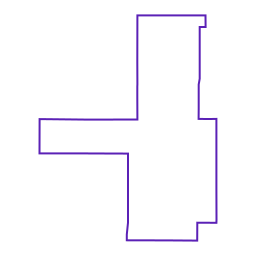 outline of Tulsa, Oklahoma, United States of America
{"feature_id": "52423323B7804302532987", "entity_name": "Tulsa", "entity_type": "district", "adm_level": 2, "iso_a3": "USA", "parent_name": "United States of America", "parent_adm1": "Oklahoma", "projection": "robinson", "projection_center": [-95.925, 36.14], "detail": "fine", "context": "isolated", "style": "outline", "palette": "violet", "viewbox_px": 256, "rotation_deg": 0, "n_neighbors": 0, "source": "geoboundaries", "source_scale": "gbopen_adm2", "svg_char_len": 788}
<svg xmlns="http://www.w3.org/2000/svg" viewBox="0 0 256 256"><path d="M197.2,240.6L197.3,222.7L216.4,222.8L216.5,219.5L216.4,188.1L216.4,186.1L216.4,176.6L216.4,170.8L216.4,165.0L216.4,147.6L216.4,142.0L216.4,136.3L216.4,130.5L216.4,118.9L210.5,119.0L205.6,119.0L198.6,118.9L198.7,109.0L198.7,94.4L198.7,84.5L199.7,78.7L199.7,55.7L199.7,44.2L199.7,27.0L205.6,27.0L205.5,15.4L199.5,15.4L175.9,15.4L164.0,15.4L137.4,15.4L137.3,61.5L137.4,84.3L137.3,86.5L137.3,87.4L137.3,96.5L137.4,119.5L131.2,119.5L123.4,119.5L107.8,119.6L91.1,119.6L86.9,119.6L49.3,119.2L39.6,119.1L39.5,153.4L79.6,153.4L104.4,153.5L113.3,153.5L128.0,153.6L128.0,165.0L128.0,170.8L128.0,188.1L128.0,205.4L128.0,222.7L126.8,234.5L126.8,240.3L168.0,240.4L197.2,240.6Z" fill="none" stroke="#5b21b6" stroke-width="2"/></svg>